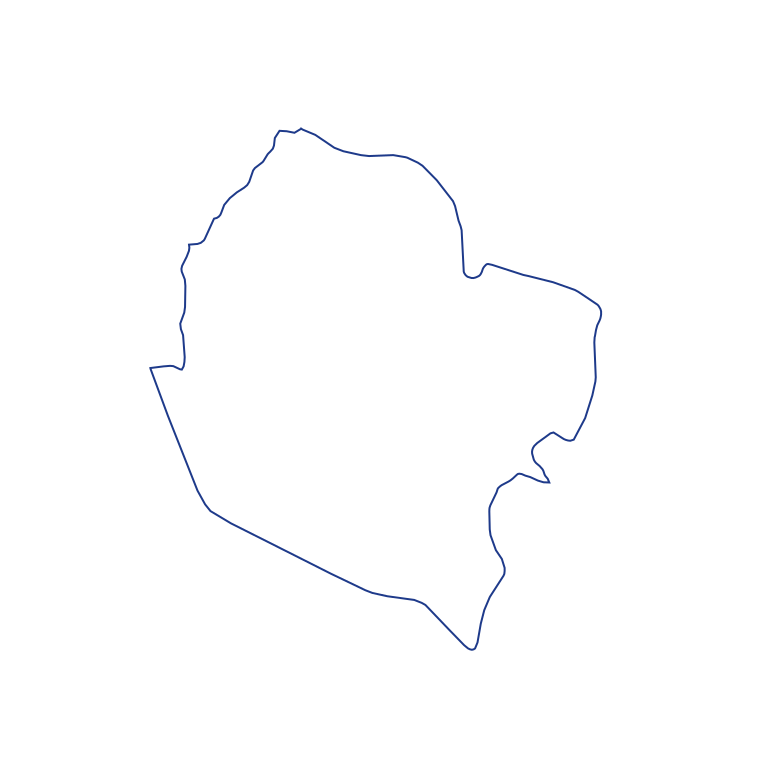 Oruro, Albers equal-area conic projection, rotated 50°
{"feature_id": "BOL-1937", "entity_name": "Oruro", "entity_type": "Department", "adm_level": 1, "iso_a3": "BOL", "parent_name": "Bolivia", "parent_adm1": "", "projection": "albers", "projection_center": [-67.639, -18.613], "detail": "fine", "context": "isolated", "style": "outline", "palette": "blue", "viewbox_px": 768, "rotation_deg": 50, "n_neighbors": 0, "source": "natural_earth", "source_scale": "10m", "svg_char_len": 2505}
<svg xmlns="http://www.w3.org/2000/svg" viewBox="0 0 768 768"><g transform="rotate(50 384 384)"><path d="M151.9,443.8L156.8,436.9L158.1,433.6L158.2,429.7L157.6,427.9L148.2,408.2L148.1,407.9L149.3,405.4L149.6,403.0L149.2,400.6L148.1,398.4L144.1,391.3L142.5,382.6L142.6,373.5L143.7,365.0L143.7,361.0L142.5,357.3L136.3,347.0L135.6,344.1L136.0,334.4L135.7,332.9L133.2,325.4L133.0,323.8L132.9,322.0L132.3,317.9L130.6,315.0L125.4,309.5L122.9,301.3L127.8,296.1L134.0,291.1L135.2,283.5L135.1,283.3L136.8,282.8L149.0,276.5L171.1,270.2L179.6,265.5L193.9,254.5L199.8,248.9L214.6,229.8L224.0,221.8L225.6,220.7L236.2,215.8L241.7,214.2L261.9,212.6L288.3,213.6L293.4,215.2L306.8,221.9L312.4,223.9L316.1,225.7L349.2,250.7L350.2,251.1L351.1,251.3L353.2,251.5L355.5,251.1L359.1,248.8L360.3,247.4L361.2,245.6L361.6,244.4L362.1,242.5L362.3,241.4L362.2,240.3L362.0,239.4L361.0,237.0L359.4,234.4L358.9,233.2L358.5,231.7L358.2,229.2L358.4,228.0L359.0,227.1L362.2,224.6L390.1,207.1L394.2,203.9L414.8,189.0L434.7,177.3L438.3,175.9L460.4,169.5L461.9,169.4L463.4,169.6L465.6,170.0L466.8,170.5L467.9,171.0L470.3,173.0L471.7,174.6L472.9,176.2L473.9,178.0L476.1,182.9L479.0,187.0L483.0,191.7L483.5,192.5L487.4,196.2L515.0,217.5L518.0,220.5L526.7,231.8L539.4,251.8L548.6,274.4L547.2,277.8L545.5,279.4L543.6,280.7L541.6,281.7L530.1,285.3L528.8,288.2L527.7,304.6L528.0,308.6L528.7,310.8L529.7,312.6L531.0,314.1L532.6,315.3L538.3,317.9L540.4,318.3L542.5,318.3L546.9,317.5L551.3,317.4L553.1,317.8L556.6,319.2L558.2,319.5L561.8,319.5L565.7,320.7L561.8,325.0L556.9,328.2L549.3,331.8L545.1,334.6L541.5,336.4L539.7,338.0L539.0,339.2L538.9,340.3L539.2,346.1L539.1,349.0L538.8,351.2L537.1,359.0L537.0,361.1L537.1,363.3L537.3,364.0L537.4,364.3L539.4,367.5L545.3,380.5L546.6,382.6L547.6,383.7L549.4,385.3L563.4,396.5L568.3,399.6L583.2,405.1L593.8,406.2L602.4,409.8L604.8,411.8L606.8,413.9L607.7,415.7L615.0,439.3L615.4,440.3L621.7,452.6L629.8,463.9L642.1,478.5L645.1,484.2L644.9,485.9L644.1,487.5L642.5,488.7L640.5,489.6L635.6,490.5L615.1,492.0L579.9,494.3L575.9,495.8L568.9,499.6L548.7,517.9L536.6,527.2L529.9,530.9L495.2,546.6L444.2,568.5L392.4,590.8L369.9,598.6L361.2,598.4L345.8,595.4L269.5,570.0L222.3,553.1L221.6,552.7L228.9,541.4L232.6,536.2L234.9,533.9L241.6,530.8L243.0,529.6L241.7,526.2L238.8,522.7L235.3,519.4L217.4,506.5L211.4,504.3L206.8,501.3L200.9,491.1L197.1,486.9L181.2,473.1L175.9,469.4L167.9,466.7L165.6,465.2L163.7,462.7L159.7,453.4L156.6,447.8L154.5,445.5L151.9,443.8Z" fill="none" stroke="#1e3a8a" stroke-width="2"/></g></svg>